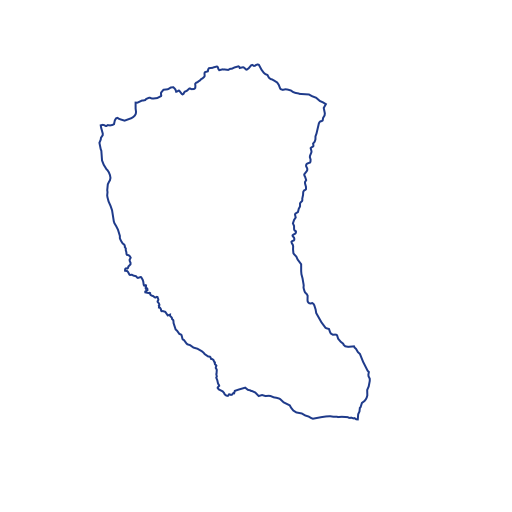 Fatumean, Cova Lima, East Timor (Natural Earth projection), rotated 336°
{"feature_id": "22284137B11881161065747", "entity_name": "Fatumean", "entity_type": "district", "adm_level": 2, "iso_a3": "TLS", "parent_name": "East Timor", "parent_adm1": "Cova Lima", "projection": "natural_earth1", "projection_center": [125.027, -9.247], "detail": "fine", "context": "isolated", "style": "outline", "palette": "blue", "viewbox_px": 512, "rotation_deg": 336, "n_neighbors": 0, "source": "geoboundaries", "source_scale": "gbopen_adm2", "svg_char_len": 6045}
<svg xmlns="http://www.w3.org/2000/svg" viewBox="0 0 512 512"><g transform="rotate(336 256 256)"><path d="M381.6,145.7L379.6,142.8L377.4,140.4L375.3,135.9L372.1,132.7L370.1,130.0L361.7,125.6L361.1,124.9L358.3,123.0L356.5,121.2L355.2,119.0L352.7,116.9L350.8,115.7L348.0,115.1L346.4,113.6L346.2,112.8L346.4,108.9L345.9,106.1L343.9,103.1L342.3,101.0L341.6,100.6L340.7,99.2L340.3,98.2L340.1,95.3L338.5,93.6L337.6,91.7L336.8,88.1L336.4,82.6L335.5,81.7L333.7,81.5L332.4,81.8L331.4,81.5L330.4,80.0L329.2,79.8L325.7,81.5L323.4,82.0L322.9,81.8L321.7,79.1L321.0,78.3L317.6,77.6L317.7,76.5L317.1,75.6L313.0,75.0L310.2,75.1L308.5,74.5L306.3,74.7L302.8,72.6L301.9,72.3L301.4,71.9L298.0,71.3L297.7,70.0L297.9,67.9L297.4,67.0L293.9,66.4L292.8,66.4L289.5,65.3L288.3,66.0L287.1,67.7L284.3,67.3L283.7,67.6L283.2,68.3L282.4,70.4L282.0,71.0L281.2,71.4L279.3,72.0L277.8,72.1L276.3,72.8L274.3,73.1L273.2,73.5L272.2,73.3L271.4,73.5L270.4,74.1L269.8,76.0L268.9,77.7L267.8,78.2L266.8,78.1L264.7,77.2L264.0,76.2L263.3,75.9L259.8,77.0L258.0,76.9L257.0,77.3L255.7,78.4L254.6,78.5L254.1,77.7L253.1,73.7L252.6,73.4L251.5,73.6L249.9,73.5L250.1,71.1L249.7,69.7L249.1,68.2L246.7,67.4L243.9,67.8L242.9,67.7L239.1,66.5L235.8,68.1L235.1,69.3L234.7,70.9L234.3,71.3L230.8,71.5L229.9,71.5L226.0,70.3L224.6,69.5L223.4,68.2L222.2,67.9L219.5,67.9L218.2,68.5L215.9,68.0L215.2,67.6L210.0,67.7L208.4,66.9L206.0,72.3L205.0,75.6L204.0,77.2L202.4,78.4L200.4,79.1L198.2,79.4L191.0,78.9L187.8,76.1L186.4,74.7L185.7,73.5L184.3,73.3L183.3,73.9L182.2,74.7L179.9,77.8L178.3,77.9L175.9,77.4L173.7,76.1L172.3,76.4L171.7,76.2L170.3,74.5L169.2,73.8L167.3,73.5L166.7,75.8L165.8,81.8L165.1,83.3L162.5,84.9L161.5,86.5L159.0,88.9L157.6,95.2L157.5,97.0L154.2,106.1L154.0,110.7L154.7,116.0L155.2,117.1L155.6,119.7L155.5,122.7L154.8,125.5L153.2,127.6L152.3,128.1L149.8,130.2L146.9,135.3L146.3,137.3L144.7,140.1L144.2,141.9L143.5,146.2L143.5,151.1L143.1,155.7L140.2,166.5L140.0,168.5L140.4,171.7L140.6,175.8L139.8,182.3L138.9,184.3L138.8,185.5L138.9,187.7L139.3,190.3L140.3,192.1L140.2,193.8L139.8,194.4L140.1,196.2L139.4,197.6L139.1,199.8L138.5,201.5L138.6,202.5L140.0,203.5L140.7,205.1L140.8,206.6L138.9,208.1L138.6,209.4L138.6,211.3L137.9,212.6L135.1,213.7L134.3,214.8L133.3,215.1L132.3,214.4L131.5,214.5L130.8,215.3L130.4,216.2L132.2,217.4L132.6,218.6L132.8,221.5L133.2,222.1L134.9,222.6L136.1,224.1L138.1,225.6L138.8,227.6L139.2,228.0L142.1,228.3L142.5,228.7L142.8,231.6L142.6,233.5L141.7,236.7L141.8,237.6L142.2,237.8L143.2,237.7L143.6,238.1L142.8,239.6L142.1,240.4L142.1,241.0L142.9,240.9L143.3,241.2L143.4,241.7L143.0,243.0L140.4,243.4L140.1,244.2L143.0,246.3L143.8,246.3L144.2,246.8L143.8,247.8L143.9,248.8L145.1,250.3L145.8,250.8L146.6,252.5L147.4,253.1L148.6,252.9L149.3,253.4L149.1,256.0L148.6,256.7L147.7,257.3L147.5,257.9L148.0,259.7L147.9,261.4L147.0,261.9L147.0,262.6L146.4,263.6L147.3,264.3L147.5,266.1L147.1,267.4L147.3,268.0L148.4,268.4L150.4,270.1L151.2,274.4L153.6,274.6L153.1,275.5L154.0,278.1L153.7,279.5L154.3,280.9L154.2,281.6L153.4,283.8L152.7,290.4L153.5,292.2L154.3,296.1L155.3,296.9L155.8,298.0L155.1,301.9L155.2,302.5L156.0,303.5L157.0,308.0L157.3,308.3L157.4,308.8L159.5,310.6L161.6,314.2L164.8,316.9L167.8,321.0L168.8,323.1L169.2,324.7L171.4,328.3L172.9,329.2L173.2,330.0L173.1,331.8L174.2,332.5L174.4,333.0L174.8,333.5L174.8,335.9L175.1,336.2L175.1,336.8L174.6,337.4L174.5,338.3L175.1,339.5L175.2,340.1L174.1,341.2L173.7,341.9L173.9,343.5L173.8,344.2L172.1,347.4L171.7,347.7L171.2,350.1L170.2,351.0L170.1,353.7L169.5,356.8L169.5,358.1L169.7,358.9L169.6,359.6L167.6,360.5L167.3,360.9L167.7,362.7L170.5,366.1L171.1,368.1L171.1,369.4L171.7,370.9L172.9,372.1L173.8,372.3L175.1,371.4L175.7,371.7L176.6,372.7L177.7,372.9L179.6,372.0L180.2,372.5L181.8,370.6L186.1,371.0L192.6,371.9L194.1,374.9L196.3,376.6L196.6,377.3L197.4,377.7L199.8,380.4L201.5,385.0L205.0,385.5L207.7,387.8L210.8,388.9L212.3,389.8L214.8,392.4L217.1,393.9L219.1,395.6L219.9,396.6L221.7,400.9L226.1,406.2L226.3,408.7L227.2,412.3L229.2,415.3L233.8,418.5L236.1,421.7L238.8,424.1L240.5,426.5L241.8,427.8L250.2,429.8L254.8,431.1L258.5,432.5L261.3,434.3L264.6,435.8L265.4,436.5L269.0,437.8L274.2,440.5L275.3,441.8L276.4,442.3L277.1,442.3L279.0,444.0L280.1,444.2L280.7,445.3L281.2,446.0L282.5,446.7L285.0,442.1L287.3,440.1L289.1,437.0L290.1,436.6L293.0,433.3L296.1,432.6L298.0,431.6L299.5,430.4L301.0,428.6L303.1,423.6L305.9,421.0L309.1,416.4L310.0,414.4L309.9,411.6L310.4,410.1L311.9,407.9L311.3,406.2L310.8,396.2L311.1,387.8L310.0,385.2L309.6,381.5L308.8,379.7L308.8,378.4L303.3,376.5L300.8,374.8L299.9,372.7L300.0,371.6L298.5,368.8L297.4,365.0L297.8,361.4L297.2,360.5L296.4,360.0L294.2,359.2L292.8,357.2L292.7,355.4L293.0,352.4L291.1,350.8L290.3,349.9L288.8,343.2L287.8,332.6L288.7,329.1L289.2,324.7L289.0,323.1L288.2,321.8L286.7,321.7L285.4,320.8L284.9,319.8L284.7,318.7L285.1,317.3L287.0,313.3L286.9,311.6L286.0,309.2L286.0,307.9L286.3,305.5L286.6,304.1L287.6,302.3L288.0,300.9L289.4,295.4L290.1,291.1L291.1,288.2L293.9,281.9L292.6,276.1L292.6,273.0L291.5,269.8L291.3,268.7L292.5,265.1L293.9,262.2L294.2,260.5L293.9,259.2L294.1,257.5L295.0,257.1L296.9,257.2L297.5,256.8L298.0,255.9L298.2,254.7L297.6,252.8L297.8,252.0L298.6,251.7L301.0,251.5L301.8,251.0L302.4,250.1L302.4,249.3L301.8,248.7L301.6,247.9L301.7,247.0L303.0,244.0L303.0,241.2L305.6,238.4L307.9,237.0L308.5,234.0L309.2,233.3L312.2,232.9L314.4,230.1L315.7,229.2L316.5,228.4L317.6,225.9L318.4,225.3L320.5,224.5L321.1,223.7L321.6,222.4L323.8,219.4L325.2,216.7L326.5,215.7L328.2,215.6L328.9,215.2L329.8,213.1L330.3,209.7L330.8,208.4L332.7,207.1L333.1,203.2L332.9,202.3L333.3,201.0L336.9,199.1L337.9,198.2L338.4,196.8L338.3,194.4L338.7,193.4L339.6,192.6L340.6,192.4L343.4,192.6L344.1,192.0L345.1,190.1L345.4,187.6L346.1,186.4L348.7,183.9L349.3,182.9L349.8,179.7L350.5,179.4L352.9,179.1L353.4,178.4L353.9,176.5L356.0,175.5L356.9,174.6L357.8,173.5L359.0,170.9L361.1,168.7L367.4,160.4L368.3,159.7L369.1,159.3L369.9,159.2L370.7,159.5L372.0,159.3L373.5,157.1L375.8,155.5L376.9,153.7L378.1,148.3L381.6,145.7Z" fill="none" stroke="#1e3a8a" stroke-width="2"/></g></svg>